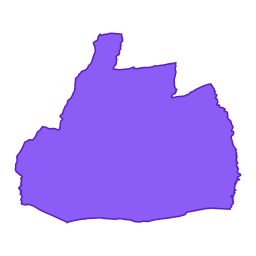 Botesti, Arges, Romania (Natural Earth projection)
{"feature_id": "2599482B8946792531978", "entity_name": "Botesti", "entity_type": "district", "adm_level": 2, "iso_a3": "ROU", "parent_name": "Romania", "parent_adm1": "Arges", "projection": "natural_earth1", "projection_center": [25.164, 45.018], "detail": "fine", "context": "isolated", "style": "filled", "palette": "violet", "viewbox_px": 256, "rotation_deg": 0, "n_neighbors": 0, "source": "geoboundaries", "source_scale": "gbopen_adm2", "svg_char_len": 5764}
<svg xmlns="http://www.w3.org/2000/svg" viewBox="0 0 256 256"><path d="M21.6,204.1L26.2,205.0L26.6,204.4L27.7,204.4L31.4,205.1L33.4,205.9L39.9,209.9L47.7,213.5L50.2,214.3L50.5,214.6L64.1,220.8L66.0,221.7L67.3,222.7L67.9,222.4L68.2,221.9L70.5,221.5L73.4,220.7L81.4,219.2L86.0,218.9L86.6,218.7L87.0,218.4L91.3,218.3L100.2,217.8L105.1,218.5L115.2,219.2L119.4,218.6L122.9,218.8L123.5,219.3L131.2,220.0L132.0,220.5L134.3,221.5L139.2,222.0L140.8,221.8L143.5,221.2L147.4,221.5L148.5,221.4L155.5,219.6L158.1,219.4L161.4,218.8L167.2,218.2L179.6,216.2L185.1,214.6L186.9,212.2L207.9,208.2L207.9,208.6L210.8,208.1L230.1,209.2L230.1,208.7L230.4,208.1L230.6,207.4L231.3,207.0L231.7,206.3L231.5,205.4L231.7,205.0L233.1,203.7L233.2,203.3L233.1,202.1L233.5,201.4L233.4,201.2L232.7,200.7L232.6,200.2L232.9,199.6L233.1,198.8L231.5,196.8L231.4,196.5L231.3,195.8L232.2,195.9L233.2,196.7L233.5,196.4L233.6,195.0L234.9,192.8L234.7,192.5L233.9,192.2L233.9,191.2L234.0,190.7L234.4,190.4L234.7,190.4L235.4,190.6L235.7,190.4L235.4,189.8L234.3,188.0L234.3,187.6L234.4,187.3L234.8,186.8L235.0,185.3L235.6,184.2L234.9,184.0L234.8,183.7L235.4,183.2L236.2,182.8L236.8,182.1L236.8,181.5L236.2,181.1L236.2,180.8L237.4,180.1L239.4,179.7L239.5,179.4L239.1,179.2L238.1,178.9L237.6,178.6L237.4,178.3L237.6,177.7L237.4,177.2L237.7,176.8L238.9,176.6L239.4,175.9L240.2,175.7L240.6,175.3L240.6,175.0L240.5,174.5L240.0,173.9L238.9,173.7L238.3,173.2L237.5,172.0L237.5,171.5L237.7,170.1L238.2,169.1L238.3,168.6L237.5,167.5L237.5,166.8L236.6,166.7L236.3,166.3L236.3,166.0L236.8,164.4L237.6,163.5L237.8,163.0L237.4,162.4L236.2,161.8L236.0,161.4L236.7,160.8L236.6,160.4L236.1,159.7L236.8,158.4L236.4,157.6L236.5,157.2L237.0,156.8L236.6,155.6L236.3,155.3L235.9,155.3L235.8,155.0L236.0,154.7L236.6,154.4L236.5,152.8L235.8,151.6L235.7,151.1L235.8,150.6L236.4,149.7L235.7,149.0L234.2,146.9L233.2,145.2L231.0,136.9L231.0,136.6L231.6,136.1L231.8,135.5L232.7,135.1L233.3,134.6L233.6,133.7L233.6,131.9L233.4,131.6L232.6,131.1L231.6,131.1L231.3,130.8L231.5,130.0L232.6,128.4L232.9,127.6L232.9,126.4L231.2,123.8L231.2,122.2L230.5,120.7L230.2,120.4L229.1,119.6L228.4,119.3L227.9,118.0L227.4,117.2L227.3,116.9L227.9,116.0L227.6,115.0L227.5,113.1L227.1,112.2L226.7,111.8L225.7,111.6L224.9,111.0L224.2,110.7L224.2,110.4L225.0,109.5L224.9,109.1L224.5,108.6L223.2,107.9L219.9,107.2L219.4,105.5L219.0,104.9L218.7,104.8L218.2,105.1L217.7,105.2L217.1,105.1L216.7,104.7L216.6,104.3L216.7,103.9L217.3,103.4L217.8,102.5L217.7,101.5L216.9,98.9L216.6,98.6L215.7,98.4L215.4,98.2L215.4,97.9L215.7,97.0L216.5,96.2L216.7,95.7L216.7,94.8L216.3,94.4L215.5,94.5L215.1,94.3L214.9,93.9L214.7,93.4L214.8,92.8L215.3,91.9L215.0,91.2L214.2,90.9L214.5,90.0L214.3,89.1L213.0,87.3L212.2,85.9L211.1,85.2L211.3,84.7L211.2,84.3L210.5,83.9L209.6,84.2L208.7,84.2L204.0,85.7L201.4,86.9L195.4,89.7L192.5,91.7L190.8,92.1L190.4,92.3L188.9,94.3L188.5,94.5L187.6,94.4L185.3,95.7L183.3,96.2L177.6,96.6L173.6,97.5L172.7,97.4L171.6,97.6L171.4,97.4L171.8,96.7L171.9,95.6L172.0,95.3L173.3,94.2L174.0,94.1L174.4,93.6L175.2,93.3L174.9,92.5L175.0,92.3L176.1,91.9L175.9,90.5L176.1,90.2L176.8,89.7L176.7,89.4L175.7,88.7L175.3,88.2L174.7,86.9L174.6,86.1L174.3,85.6L174.6,84.5L174.2,83.2L174.4,82.5L174.2,81.4L174.3,78.5L175.0,76.8L175.2,74.8L175.8,73.2L175.8,70.9L175.0,68.9L175.1,68.3L175.9,66.2L175.6,64.8L175.8,62.8L171.0,63.7L170.3,64.2L170.1,64.0L170.2,63.6L162.4,65.3L160.1,65.3L158.3,65.9L156.9,66.0L154.4,65.8L154.1,65.9L153.3,66.7L148.9,67.5L145.6,67.5L145.3,67.4L142.0,67.7L141.3,67.6L141.1,67.7L140.8,68.3L140.4,68.4L139.2,68.1L138.3,68.6L137.2,68.6L136.7,68.7L135.7,68.4L135.2,68.3L134.1,68.7L133.7,67.3L133.7,67.1L130.7,68.1L129.5,68.8L119.3,69.8L113.4,68.9L113.4,68.0L113.9,66.9L115.1,65.3L115.8,64.6L116.0,64.3L116.3,63.2L116.3,61.1L116.9,59.3L116.6,58.4L115.9,57.6L116.0,56.9L117.5,55.2L118.6,54.9L119.2,54.3L119.6,52.7L119.2,51.6L119.2,51.1L120.3,49.6L120.7,48.8L120.3,47.8L120.9,46.7L120.4,45.8L121.1,44.8L120.5,44.3L120.5,43.5L121.1,42.5L122.3,41.4L122.6,40.8L122.7,39.2L121.8,38.3L121.9,37.9L122.3,36.9L121.6,35.8L121.7,34.2L113.7,33.4L109.8,33.3L107.8,34.0L107.0,34.6L106.2,34.1L103.2,34.7L100.5,35.6L100.0,34.3L98.8,35.8L98.0,37.5L97.9,39.3L97.1,40.4L94.5,41.8L93.3,43.0L93.4,43.5L94.7,46.5L95.2,49.1L95.3,51.5L93.4,56.3L91.9,61.3L90.9,63.5L89.3,64.9L88.1,66.6L87.6,68.1L85.4,70.1L83.8,70.5L81.3,71.7L81.0,72.7L78.7,74.6L78.5,75.9L75.4,78.6L75.7,79.6L75.4,80.9L75.1,84.4L74.8,85.4L75.2,86.5L74.7,89.3L74.4,91.6L73.6,92.5L73.0,93.5L72.4,95.4L71.2,97.7L70.3,98.6L70.1,99.2L68.3,100.1L67.7,100.8L67.2,103.6L67.0,104.2L66.5,105.2L66.0,105.5L64.8,107.1L64.7,107.8L63.7,109.7L63.6,110.6L63.2,111.3L62.4,114.1L61.1,114.8L60.4,115.6L60.1,116.5L61.0,117.5L62.6,118.8L62.5,119.4L60.8,121.1L60.3,123.2L60.3,124.2L60.1,125.0L60.4,125.8L59.7,127.9L59.8,128.6L58.5,130.0L55.8,129.0L53.7,128.4L52.7,128.8L51.5,128.5L50.5,128.9L48.0,128.3L45.8,127.2L42.4,126.7L40.4,129.5L40.0,130.2L38.0,131.6L37.3,132.4L35.7,136.0L34.7,137.7L34.1,138.6L32.8,139.9L29.2,139.8L28.6,140.0L26.8,141.3L25.2,141.9L24.5,142.9L23.5,145.5L22.8,146.7L22.2,148.4L19.8,152.5L17.9,154.8L17.2,155.7L16.8,157.0L17.1,160.1L17.0,161.6L16.9,162.1L16.1,163.4L16.0,164.0L15.6,164.9L15.8,166.7L15.4,168.3L15.4,169.9L16.2,171.4L16.5,172.2L17.7,172.6L18.6,173.8L20.4,175.2L21.1,175.3L22.1,176.8L22.2,177.6L21.4,178.1L20.9,178.2L20.8,178.9L21.8,179.9L21.8,180.4L21.2,181.3L21.0,181.8L21.4,183.0L20.9,183.4L20.7,184.1L21.7,185.4L20.1,186.3L20.1,187.2L19.9,187.6L19.2,187.3L18.8,188.0L18.9,188.5L19.5,189.3L20.0,189.6L20.8,189.8L21.0,190.1L20.5,190.6L20.5,191.6L21.5,191.9L21.5,192.3L20.3,193.4L20.2,193.9L20.5,194.5L21.8,195.1L21.8,195.6L21.6,196.2L22.0,197.5L21.6,198.4L21.0,199.1L20.9,199.7L20.9,200.1L21.8,201.1L21.4,203.6L21.4,203.9L21.6,204.1Z" fill="#8b5cf6" stroke="#5b21b6" stroke-width="1.5"/></svg>